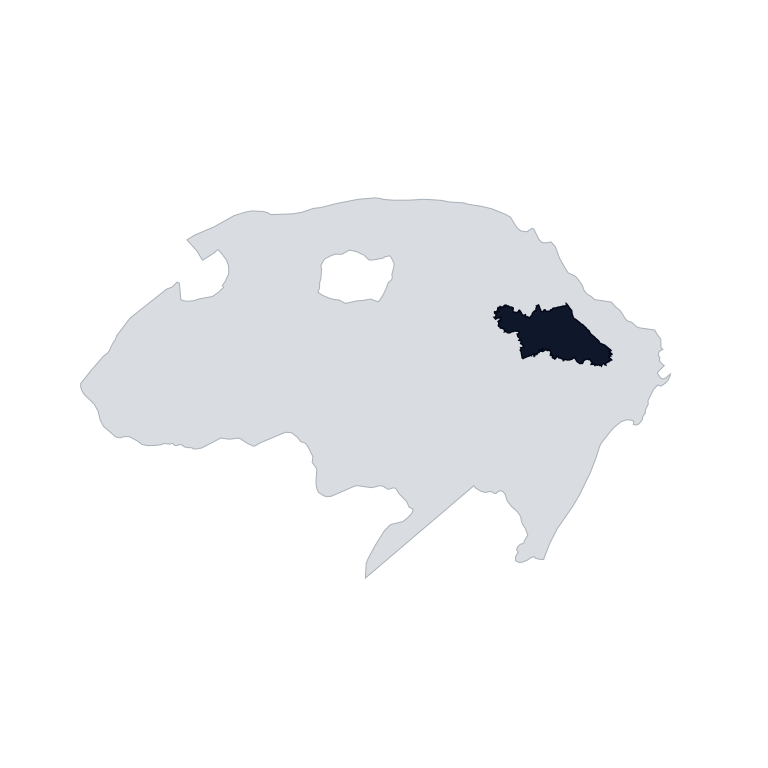 Central Karoo, Western Cape, South Africa (highlighted), rotated 230°
{"feature_id": "47623444B66747201173997", "entity_name": "Central Karoo", "entity_type": "district", "adm_level": 2, "iso_a3": "ZAF", "parent_name": "South Africa", "parent_adm1": "Western Cape", "projection": "equal_earth", "projection_center": [22.176, -32.556], "detail": "fine", "context": "in_parent", "style": "filled", "palette": "ink", "viewbox_px": 768, "rotation_deg": 230, "n_neighbors": 0, "source": "geoboundaries", "source_scale": "gbopen_adm2", "svg_char_len": 9162}
<svg xmlns="http://www.w3.org/2000/svg" viewBox="0 0 768 768"><g transform="rotate(230 384 384)"><path d="M515.9,144.5L531.7,141.9L538.7,143.4L547.1,147.6L555.0,149.1L568.4,147.6L573.0,148.2L576.6,149.7L579.3,151.9L582.7,168.6L585.6,186.5L585.4,192.2L585.8,194.4L589.4,202.0L590.7,206.7L592.9,210.5L597.2,229.5L597.7,232.8L596.4,278.5L594.4,284.0L595.0,291.1L592.8,292.1L579.7,282.9L577.4,283.3L573.6,286.7L570.0,292.0L568.3,296.6L561.3,308.8L560.7,316.6L561.1,323.2L563.3,323.5L564.7,328.3L568.1,335.8L574.1,340.7L579.7,342.9L587.5,343.5L593.8,343.3L593.6,338.2L595.4,324.5L605.7,326.2L621.1,325.7L619.8,334.6L613.6,354.9L609.3,377.7L604.3,389.2L601.6,393.9L593.9,402.3L589.9,405.1L586.7,406.0L573.4,422.9L568.5,431.0L563.9,442.8L559.6,449.3L553.1,463.1L541.8,483.4L532.4,496.7L528.3,500.6L525.6,502.3L518.2,510.0L507.9,522.4L499.9,533.3L488.1,545.7L481.4,551.1L471.2,561.8L468.4,563.4L457.0,573.2L448.9,579.2L435.7,586.2L430.5,588.1L418.2,586.3L413.1,587.3L408.7,591.4L408.2,597.4L406.4,598.3L395.1,595.6L390.5,596.1L387.7,599.3L385.5,603.3L379.0,603.5L367.5,599.3L353.9,596.8L350.8,596.5L344.2,599.6L341.9,600.0L332.3,599.4L327.0,597.4L321.9,597.4L318.0,599.0L313.3,599.6L300.5,610.9L293.9,610.9L288.3,612.2L278.2,610.7L275.2,611.4L272.2,613.4L265.4,614.2L262.7,615.9L251.3,626.1L246.5,625.1L240.5,624.9L233.7,619.5L231.1,619.8L231.7,618.2L231.9,615.3L229.5,612.3L226.8,612.5L225.4,610.0L221.3,609.8L217.9,610.5L217.2,601.1L215.6,600.1L211.5,599.9L209.5,600.2L208.5,601.1L207.5,603.3L207.6,609.9L206.1,608.0L204.4,604.0L203.8,599.8L204.4,594.8L207.4,592.9L206.4,586.5L201.5,575.5L198.5,573.2L196.1,567.5L193.8,565.5L192.7,561.5L190.4,558.3L189.6,553.3L190.8,550.4L192.7,548.9L194.8,551.4L197.2,550.4L200.7,546.7L202.8,541.2L202.8,532.4L202.1,526.9L199.1,512.6L197.7,509.3L191.2,499.0L183.6,485.3L173.8,463.5L169.1,450.4L161.8,423.8L155.5,408.8L147.8,394.7L146.9,393.8L148.0,392.1L151.9,388.8L153.7,387.9L154.7,388.3L155.6,387.4L156.5,385.2L157.0,380.2L158.8,375.0L160.5,372.7L164.0,371.3L166.7,373.2L167.8,375.2L168.3,377.7L169.6,378.9L171.5,378.9L172.8,380.4L173.6,383.6L173.5,386.0L172.5,387.4L172.6,389.3L174.1,391.7L175.6,396.9L182.9,399.6L187.0,399.9L190.9,401.2L194.5,403.5L200.5,404.1L208.8,402.9L215.6,403.4L221.0,405.7L224.9,406.1L227.3,404.7L228.3,402.6L228.0,399.9L229.2,398.2L231.9,397.5L234.0,395.5L235.6,392.1L239.4,389.4L245.3,387.3L248.3,387.4L247.3,245.1L258.0,255.0L260.5,259.6L265.8,273.0L271.2,289.5L272.1,297.4L271.9,299.2L266.5,310.0L266.3,315.3L266.9,321.5L268.2,324.6L269.8,325.7L273.6,324.1L279.4,325.8L290.5,325.0L296.0,325.9L297.4,325.4L298.7,324.0L300.1,320.3L301.4,319.1L306.6,317.4L308.9,315.3L312.5,307.9L323.6,297.9L324.8,295.5L331.8,271.7L333.9,268.3L337.0,266.0L343.1,264.2L346.7,265.2L350.5,267.3L354.8,270.8L361.3,277.3L363.5,278.2L370.0,278.5L373.9,282.8L386.0,285.7L389.6,285.5L393.3,283.2L399.6,283.3L406.3,281.7L410.4,277.5L418.5,251.3L419.4,245.6L420.3,244.0L426.7,241.0L434.5,238.8L436.1,237.6L441.0,230.2L447.5,224.2L452.2,203.2L455.1,198.2L456.9,196.1L458.1,196.1L459.7,194.8L461.9,192.2L464.4,190.6L467.3,190.0L469.2,188.3L470.1,185.4L471.7,184.1L473.8,184.1L475.0,183.2L475.4,181.4L480.2,176.8L480.3,175.0L483.1,170.5L488.6,163.4L493.7,159.5L498.4,158.7L507.2,155.1L510.4,151.7L512.5,147.1L515.9,144.5ZM495.5,451.5L503.2,448.0L508.9,443.5L510.4,435.2L514.9,430.1L516.5,425.3L517.9,418.7L515.5,411.9L512.0,409.8L505.7,403.9L503.0,399.9L499.2,396.5L496.6,392.4L492.1,393.7L485.2,397.0L480.9,400.0L477.2,403.6L470.7,406.1L464.6,417.5L462.5,420.0L457.7,428.3L450.9,432.3L450.7,433.8L452.8,440.5L455.8,447.2L459.0,452.6L458.8,456.0L459.9,458.6L462.8,460.4L467.6,467.2L470.1,469.4L477.6,471.0L478.7,470.6L480.8,466.5L481.2,463.7L486.4,454.9L488.6,452.2L495.5,451.5Z" fill="#d9dde1" stroke="#a8b0b8" stroke-width="1"/><path d="M367.3,514.3L365.9,514.5L365.6,514.6L365.0,515.0L364.5,513.8L364.2,513.5L363.8,512.1L363.8,511.8L364.3,511.2L362.8,511.2L361.9,511.2L361.9,511.3L362.0,511.5L361.6,512.8L361.5,513.7L360.6,514.6L360.6,515.6L359.9,516.1L359.5,516.0L358.4,514.1L358.1,514.0L358.4,513.5L357.5,513.4L358.7,512.1L358.5,511.5L357.8,511.5L357.2,511.2L356.7,510.9L356.1,510.8L355.5,509.3L354.9,509.0L354.2,509.1L353.4,509.3L352.8,509.5L352.2,509.1L351.5,509.5L350.9,510.6L349.8,510.7L349.5,511.2L348.7,511.1L346.7,510.3L346.5,509.9L346.0,511.0L346.2,511.5L345.6,511.5L344.4,511.4L343.2,512.1L342.2,513.7L342.1,513.9L342.1,515.3L341.2,516.6L341.0,516.8L341.2,517.6L340.1,518.7L339.5,519.2L338.9,520.0L338.7,520.1L338.6,520.4L338.0,520.8L337.6,520.8L337.4,521.4L337.1,521.2L336.6,520.5L336.3,520.6L336.1,520.0L336.1,518.9L336.6,518.2L335.7,517.7L334.8,517.3L334.0,517.0L333.3,517.1L331.9,517.6L331.1,517.1L330.7,515.4L329.7,516.2L328.3,516.9L327.8,515.8L327.2,514.7L325.5,515.3L324.8,515.6L324.7,515.5L324.7,515.4L324.4,515.3L324.2,515.5L323.8,515.6L322.7,514.9L323.2,513.6L323.6,512.5L323.9,511.9L322.4,511.5L322.4,510.1L320.6,509.9L320.4,509.8L318.6,508.6L316.4,507.4L316.2,507.3L315.2,506.6L314.1,506.9L313.7,509.6L313.4,509.6L313.1,511.1L312.6,512.2L312.1,513.4L312.2,514.4L310.9,515.1L311.4,515.5L311.1,518.2L310.1,517.9L309.6,517.1L308.6,516.8L308.6,517.0L308.7,517.3L308.8,517.4L308.7,517.5L308.8,517.7L308.9,517.8L309.0,518.0L309.2,518.3L309.2,518.5L309.2,519.4L308.4,520.0L308.9,521.3L309.1,522.3L308.5,522.9L309.0,524.0L310.2,524.7L309.8,525.2L308.9,527.8L308.3,525.3L306.8,526.6L306.5,528.8L306.4,530.0L306.3,529.9L305.6,530.4L304.6,530.6L304.2,532.1L303.8,531.8L303.7,531.9L303.6,532.4L302.8,532.7L302.3,532.6L300.6,531.9L300.2,531.7L299.9,531.2L300.0,530.8L299.3,530.7L299.2,530.7L298.9,530.0L298.6,530.3L298.2,530.7L298.0,531.0L297.7,531.6L297.2,531.4L296.9,531.0L296.3,530.1L295.3,530.1L294.9,530.4L294.5,530.6L293.6,530.9L293.3,530.9L293.4,531.7L293.6,533.2L294.0,534.1L293.7,534.5L292.8,534.9L292.2,534.8L291.6,534.7L290.7,535.6L290.3,536.4L289.7,536.1L288.1,537.0L286.7,536.4L286.7,537.4L286.1,538.8L285.8,539.2L284.7,539.7L283.7,541.0L283.3,541.4L282.1,544.4L282.6,545.9L281.4,546.5L280.9,546.8L279.9,546.9L279.3,546.6L277.2,546.3L273.8,547.1L273.2,548.3L272.3,549.0L272.4,549.9L272.8,550.5L273.4,551.7L273.5,552.9L272.6,555.8L271.0,556.5L270.7,557.7L268.4,557.2L268.4,557.3L267.6,557.6L266.7,557.6L266.8,557.0L265.9,555.3L264.2,557.6L262.5,557.5L262.4,558.7L262.2,559.0L261.2,559.5L261.1,560.5L260.9,561.1L260.1,561.1L259.5,561.1L258.7,562.3L258.0,562.2L259.1,564.3L259.0,564.8L258.8,565.7L257.2,565.4L255.9,566.1L256.3,566.3L257.4,566.8L257.2,567.8L257.1,568.6L257.2,568.9L256.8,569.6L257.3,570.7L255.9,571.1L257.0,571.3L256.5,572.7L256.1,573.9L257.2,573.9L258.0,573.7L260.6,573.4L260.5,574.0L260.2,574.5L260.1,574.9L259.7,575.7L261.2,575.6L261.7,576.0L262.0,576.0L262.3,576.5L262.1,576.7L261.1,576.9L259.7,578.0L261.4,577.7L264.3,577.1L264.4,578.4L263.6,578.9L263.7,579.5L265.7,579.2L266.0,579.1L267.7,578.8L268.7,578.6L270.6,578.3L271.7,578.1L276.1,575.8L277.6,575.5L278.6,576.2L279.7,576.0L281.5,575.8L282.2,575.6L283.0,575.3L284.1,575.5L285.4,575.3L285.7,575.2L286.8,575.0L288.7,574.6L290.5,574.5L292.0,575.1L292.5,575.1L293.0,575.2L293.9,575.1L294.7,574.9L295.5,574.6L297.4,574.9L298.2,574.6L299.3,574.6L300.6,574.3L301.6,574.4L302.4,574.0L303.7,573.4L305.4,573.4L306.6,573.0L307.8,572.9L309.5,572.5L310.5,572.3L311.5,571.8L312.4,571.5L314.5,572.2L317.4,573.4L319.4,574.9L320.9,575.1L322.7,574.9L325.1,575.3L326.5,575.3L328.1,575.4L328.4,575.3L327.1,574.5L327.1,573.9L327.2,571.9L328.1,572.0L328.1,571.3L328.6,571.2L329.6,568.9L329.9,568.3L330.0,568.0L330.3,567.7L330.7,567.2L331.0,566.8L331.5,565.1L332.3,563.8L333.3,562.5L333.3,561.5L332.7,560.6L332.7,560.3L333.7,559.5L333.1,557.9L334.6,556.0L334.7,555.0L337.3,555.0L337.8,554.5L337.1,552.3L338.8,551.0L339.8,551.1L340.2,551.7L341.6,551.9L343.1,552.6L345.2,553.2L345.8,550.9L344.5,550.9L344.5,550.6L344.5,549.8L344.5,549.6L344.0,548.8L343.9,548.7L342.2,547.5L342.7,547.0L343.1,546.7L343.2,545.2L342.9,544.0L342.7,543.0L341.5,541.5L341.5,540.2L341.6,539.7L340.8,538.2L342.3,537.3L342.7,537.4L343.3,537.1L343.4,536.9L343.5,536.6L344.0,535.5L344.5,536.0L344.9,536.2L345.6,536.6L346.2,536.9L346.4,536.2L346.6,535.6L347.3,534.4L348.8,534.6L349.4,534.6L350.3,534.9L351.3,535.1L353.4,535.2L353.7,534.6L353.1,533.7L352.9,533.5L353.3,532.2L353.4,531.7L353.5,531.2L354.2,531.0L354.6,530.5L355.1,530.1L355.7,529.8L356.3,529.0L357.1,529.6L358.3,531.0L358.6,531.4L359.0,531.6L359.5,531.8L359.8,531.8L360.5,531.2L361.0,531.0L361.3,530.7L361.5,530.4L361.8,530.0L362.4,529.7L362.5,529.7L363.7,529.5L364.1,529.1L364.0,528.9L363.9,528.2L364.1,528.2L364.8,528.3L365.4,528.4L365.7,528.4L366.1,527.9L365.8,527.9L366.2,527.3L366.6,527.2L366.7,526.9L366.7,525.9L366.0,525.4L365.6,526.4L365.7,525.7L365.8,524.9L366.0,524.8L366.1,524.6L366.4,524.4L366.7,524.5L366.9,524.2L366.5,523.8L366.7,523.3L366.9,522.7L367.8,523.0L367.8,522.7L368.3,522.7L368.2,522.6L368.4,522.4L368.2,522.3L368.1,522.1L369.2,520.6L368.9,520.3L368.7,520.1L368.2,519.8L368.3,519.5L368.5,519.4L368.4,519.3L367.6,518.6L367.4,518.5L367.1,518.4L367.1,518.6L366.9,518.7L366.3,518.7L365.9,518.8L365.9,518.0L366.0,518.0L366.4,516.5L367.1,516.7L367.3,516.8L367.3,515.6L367.5,515.6L368.0,515.5L368.1,515.3L368.2,515.2L367.3,514.7L367.3,514.3Z" fill="#0f172a" stroke="#020617" stroke-width="1.5"/></g></svg>